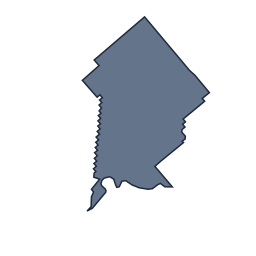 Yell, Arkansas, United States of America (Mercator projection), rotated 139°
{"feature_id": "52423323B40495316477899", "entity_name": "Yell", "entity_type": "district", "adm_level": 2, "iso_a3": "USA", "parent_name": "United States of America", "parent_adm1": "Arkansas", "projection": "mercator", "projection_center": [-93.238, 35.03], "detail": "fine", "context": "isolated", "style": "filled", "palette": "slate", "viewbox_px": 256, "rotation_deg": 139, "n_neighbors": 0, "source": "geoboundaries", "source_scale": "gbopen_adm2", "svg_char_len": 1152}
<svg xmlns="http://www.w3.org/2000/svg" viewBox="0 0 256 256"><g transform="rotate(139 128 128)"><path d="M131.2,193.9L131.1,171.5L127.4,171.4L127.5,167.7L131.1,167.8L131.1,164.4L134.8,164.3L134.9,160.5L138.6,159.9L138.7,156.8L142.3,156.9L142.3,153.2L146.0,153.1L146.0,149.2L149.5,149.3L149.6,145.6L153.5,145.6L153.5,142.0L158.0,142.1L158.0,138.3L161.7,138.4L161.8,134.7L165.5,134.8L165.6,131.1L169.4,131.3L169.4,127.2L173.3,127.2L173.3,123.5L177.0,123.6L177.0,119.9L180.8,119.9L180.8,116.2L183.1,116.2L186.1,113.3L183.0,108.0L195.8,105.7L196.0,102.3L200.8,100.0L207.5,92.8L213.4,92.2L207.6,90.8L187.0,94.1L185.8,95.0L185.2,96.8L185.7,101.9L184.8,103.9L182.0,105.6L178.8,105.8L173.8,103.3L172.3,98.8L174.6,93.3L175.4,90.5L173.1,89.4L167.4,91.9L164.3,89.7L162.2,82.2L158.8,75.6L153.1,68.7L149.4,66.2L142.4,65.7L139.9,64.9L138.8,59.5L133.2,54.5L132.9,81.4L125.4,81.5L95.7,80.6L95.8,82.5L92.1,82.2L90.1,84.2L90.1,89.7L88.1,91.4L84.4,91.3L84.3,95.0L80.6,94.9L80.5,98.6L52.6,97.9L52.5,101.6L43.4,101.3L42.9,123.9L43.8,130.9L43.4,153.3L43.3,160.2L42.6,201.0L108.9,201.5L108.9,194.1L131.2,193.9Z" fill="#64748b" stroke="#1e293b" stroke-width="1.5"/></g></svg>